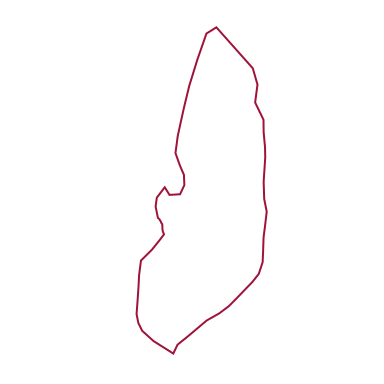 Kolokuma/Opokuma, Bayelsa, Nigeria, rotated 144°
{"feature_id": "59680162B30593466404451", "entity_name": "Kolokuma/Opokuma", "entity_type": "district", "adm_level": 2, "iso_a3": "NGA", "parent_name": "Nigeria", "parent_adm1": "Bayelsa", "projection": "orthographic", "projection_center": [6.286, 5.067], "detail": "fine", "context": "isolated", "style": "outline", "palette": "rose", "viewbox_px": 384, "rotation_deg": 144, "n_neighbors": 0, "source": "geoboundaries", "source_scale": "gbopen_adm2", "svg_char_len": 1079}
<svg xmlns="http://www.w3.org/2000/svg" viewBox="0 0 384 384"><g transform="rotate(144 192 192)"><path d="M75.5,310.9L87.2,311.7L109.9,295.9L131.7,279.6L148.3,265.5L158.6,256.4L170.6,245.7L182.5,233.2L186.2,220.6L188.5,210.5L190.2,208.0L194.1,202.1L203.0,197.2L211.9,202.9L211.3,211.8L212.8,211.4L223.8,208.1L230.0,201.6L234.8,191.1L234.3,189.0L234.5,188.5L234.5,187.3L234.6,186.7L234.7,186.0L235.0,185.2L234.9,184.3L235.1,183.2L238.0,178.9L238.9,176.9L239.2,175.6L239.5,174.2L247.8,171.7L250.5,171.0L258.6,168.8L258.9,168.8L273.7,166.5L273.9,166.2L283.8,155.7L288.3,150.1L290.8,147.0L298.3,138.0L308.6,125.8L308.8,125.4L312.4,117.6L312.7,115.8L313.9,108.9L310.7,93.9L302.1,72.3L293.4,77.0L280.9,77.6L258.6,79.2L255.5,79.4L241.3,77.8L229.3,78.0L219.4,79.6L208.1,81.6L203.1,82.5L198.4,83.3L196.5,83.6L186.1,86.5L176.1,93.7L169.9,101.5L161.1,112.8L159.1,115.0L152.3,122.2L143.1,132.2L137.7,143.9L128.0,158.2L118.1,170.1L115.2,173.6L112.6,176.7L106.8,185.0L98.8,198.4L91.7,208.4L88.3,227.3L75.9,240.4L70.1,256.3L75.5,310.9Z" fill="none" stroke="#9f1239" stroke-width="2"/></g></svg>